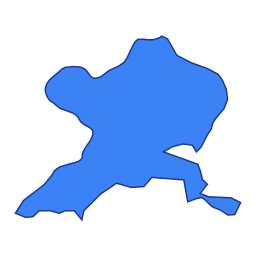 the border of Fingal
{"feature_id": "IRL-5574", "entity_name": "Fingal", "entity_type": "County", "adm_level": 1, "iso_a3": "IRL", "parent_name": "Ireland", "parent_adm1": "", "projection": "equal_earth", "projection_center": [-6.266, 53.497], "detail": "fine", "context": "isolated", "style": "filled", "palette": "blue", "viewbox_px": 256, "rotation_deg": 0, "n_neighbors": 0, "source": "natural_earth", "source_scale": "10m", "svg_char_len": 1436}
<svg xmlns="http://www.w3.org/2000/svg" viewBox="0 0 256 256"><path d="M161.8,36.1L167.6,39.0L176.8,55.3L191.4,62.8L207.5,68.6L218.2,74.3L222.5,80.4L226.3,89.4L227.6,99.3L224.1,108.5L215.0,119.4L212.5,123.8L211.3,129.1L207.4,134.8L201.2,146.9L196.4,151.9L192.4,145.2L183.0,144.0L172.2,146.8L163.5,151.9L197.9,164.3L200.5,171.6L202.4,179.5L207.4,184.3L205.5,186.4L202.0,191.3L200.1,193.5L208.8,196.8L230.9,197.8L240.6,202.6L234.7,214.6L227.9,215.0L220.6,210.2L213.1,207.2L210.9,205.6L204.2,199.1L202.1,197.6L197.0,198.4L187.7,201.8L183.8,179.9L151.8,177.4L143.8,186.6L131.2,187.4L116.5,183.2L100.5,194.1L83.8,210.8L81.8,219.9L74.4,210.8L65.1,210.8L59.1,213.3L50.4,210.8L39.1,210.8L33.1,216.6L25.7,217.4L15.4,213.1L23.5,200.5L44.2,184.6L51.3,176.0L54.3,170.9L57.3,168.5L60.2,166.7L78.0,161.6L81.0,159.6L82.4,157.1L82.2,154.9L83.2,151.7L85.3,147.8L91.0,139.5L92.8,134.6L92.9,131.0L91.0,128.6L87.9,126.6L85.7,125.5L82.5,123.4L80.8,121.7L79.4,119.8L78.3,117.7L76.8,115.8L74.9,114.3L72.5,112.9L61.3,108.9L59.0,107.6L53.1,102.7L50.7,101.3L48.6,99.0L46.7,95.9L45.2,90.3L45.7,86.6L47.2,83.2L50.1,79.3L62.3,68.9L65.2,67.4L72.0,66.6L79.3,66.9L82.4,67.8L85.0,69.2L86.6,70.9L88.1,72.8L89.4,74.7L90.9,76.6L92.9,78.0L95.8,78.2L98.7,77.5L101.3,76.4L109.2,70.4L118.8,66.0L123.8,62.5L126.8,58.4L132.9,45.5L135.3,41.6L137.7,39.5L139.3,39.2L142.4,39.2L148.7,39.8L153.4,39.7L159.1,37.9L161.8,36.1Z" fill="#3b82f6" stroke="#1e3a8a" stroke-width="1.5"/></svg>